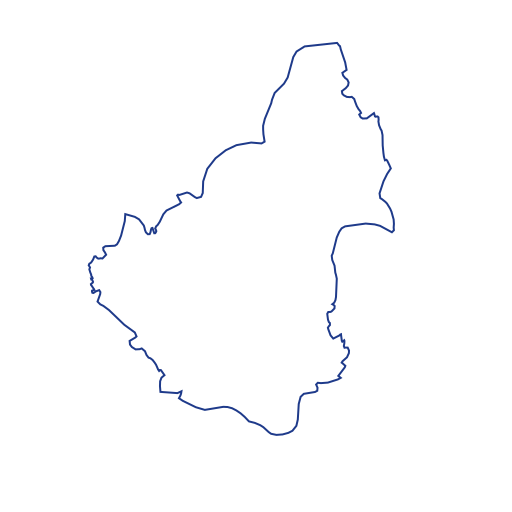 an SVG outline of Southern Ostrobothnia, rotated 158°
{"feature_id": "FIN-3183", "entity_name": "Southern Ostrobothnia", "entity_type": "Province", "adm_level": 1, "iso_a3": "FIN", "parent_name": "Finland", "parent_adm1": "", "projection": "orthographic", "projection_center": [23.15, 62.738], "detail": "fine", "context": "isolated", "style": "outline", "palette": "blue", "viewbox_px": 512, "rotation_deg": 158, "n_neighbors": 0, "source": "natural_earth", "source_scale": "10m", "svg_char_len": 3807}
<svg xmlns="http://www.w3.org/2000/svg" viewBox="0 0 512 512"><g transform="rotate(158 256 256)"><path d="M324.5,105.3L326.7,110.9L329.2,115.9L332.1,120.2L335.2,123.8L338.9,126.6L342.8,128.4L361.1,132.5L368.4,138.3L378.1,149.1L380.7,153.0L378.4,154.9L377.0,156.5L375.8,158.5L380.2,158.3L395.5,165.8L393.8,171.3L391.8,175.8L389.2,178.6L385.5,179.8L386.9,185.8L387.8,186.3L388.4,185.9L388.9,185.7L389.3,187.6L389.3,189.7L389.4,192.6L389.9,195.1L390.8,198.3L392.2,200.7L393.7,202.0L394.6,205.2L394.6,209.3L396.6,213.1L398.8,213.2L402.6,214.5L405.2,218.1L406.0,221.1L405.0,224.6L398.5,225.6L396.9,226.2L397.0,230.5L403.9,241.6L412.6,261.0L416.2,266.9L418.5,269.5L420.0,273.1L414.7,279.1L413.8,280.8L414.2,283.1L417.5,283.2L420.6,282.6L421.5,283.2L421.4,284.5L421.0,285.3L418.6,285.1L418.6,285.9L418.8,286.7L419.0,287.5L419.5,290.0L419.8,290.9L419.6,291.8L417.3,292.5L416.8,293.0L416.8,293.4L416.8,295.0L417.1,295.9L417.5,296.0L417.4,296.9L417.2,296.8L416.1,296.5L415.8,296.6L415.8,297.8L416.1,298.9L416.1,299.6L415.8,300.5L415.8,302.9L415.5,306.1L414.2,307.5L414.3,308.5L414.6,310.0L413.4,311.3L411.9,311.5L410.7,312.1L408.3,313.8L406.1,316.1L404.8,315.8L404.4,314.4L403.3,312.7L401.8,312.2L400.9,312.1L399.3,311.2L394.5,313.3L394.7,315.9L395.3,318.6L394.5,321.0L392.0,321.5L383.0,318.4L380.5,318.9L377.4,321.3L373.4,325.5L364.6,337.5L361.5,343.8L353.7,337.7L350.7,333.8L348.6,326.3L348.8,324.0L349.2,321.6L349.2,319.2L348.1,316.7L346.4,316.1L344.9,317.6L343.4,319.9L342.4,320.9L341.5,320.8L341.8,315.2L340.9,314.9L340.0,315.5L339.1,316.4L339.0,317.9L339.2,319.2L337.5,320.9L335.6,321.6L332.4,323.8L326.3,329.4L321.9,331.7L307.9,332.8L305.4,333.7L305.7,335.0L306.0,337.4L306.4,341.7L305.4,342.1L304.1,341.3L296.2,340.7L294.1,339.0L290.6,333.5L289.2,331.9L284.8,331.4L281.8,334.3L277.0,345.0L268.5,355.1L256.9,361.8L244.3,365.4L232.6,366.1L218.0,363.0L208.7,358.3L205.2,358.8L203.5,366.1L202.0,370.6L200.6,374.1L196.4,379.9L184.7,391.9L182.6,394.9L177.6,400.2L165.5,405.3L159.8,409.6L146.9,426.5L141.8,430.4L132.4,432.1L101.0,423.2L100.6,421.9L100.3,420.7L99.9,419.6L99.5,419.1L100.0,415.8L100.8,402.1L102.3,394.6L107.3,393.5L107.6,390.7L106.7,387.7L105.3,385.4L105.1,382.2L106.8,379.6L109.9,378.0L114.6,376.7L115.2,374.1L114.4,372.1L112.2,369.5L109.4,368.1L107.6,367.7L106.1,364.8L106.3,362.1L106.4,357.3L105.9,353.7L105.2,351.6L105.0,349.3L107.3,348.5L107.0,345.4L105.6,343.5L101.7,342.1L93.1,344.3L93.1,343.9L93.4,340.9L92.9,340.3L91.7,340.1L91.0,339.8L90.5,338.7L91.3,336.3L92.1,334.9L92.9,331.2L92.9,327.1L92.6,325.2L93.4,320.7L97.1,311.1L99.3,303.7L100.2,300.1L100.6,296.4L99.0,296.3L98.6,294.9L98.3,290.5L98.2,286.7L103.6,283.0L109.8,277.5L118.0,267.8L119.1,263.1L117.9,261.5L115.8,257.8L114.9,255.6L113.9,249.7L113.8,246.3L114.7,238.3L116.1,234.1L117.7,230.8L118.5,228.2L121.1,227.1L129.7,237.5L134.2,240.9L142.2,245.0L162.3,250.1L166.2,249.6L169.7,247.3L174.2,242.9L183.8,229.7L185.7,227.9L186.8,223.7L186.8,217.6L188.7,210.9L188.9,208.7L189.6,204.7L197.2,188.0L198.9,185.3L201.0,183.4L203.3,182.7L202.2,181.3L201.8,180.2L202.9,178.0L206.5,176.4L207.7,176.2L210.0,177.0L211.6,175.7L213.1,170.0L213.2,167.5L212.6,166.2L213.3,164.3L214.9,163.5L216.2,162.6L216.4,160.9L216.6,154.5L215.3,150.5L208.5,151.1L207.3,151.6L206.5,151.6L206.8,150.6L208.2,145.2L208.1,144.2L206.9,144.4L205.8,144.8L205.8,144.2L206.8,142.0L208.3,139.6L208.3,137.8L207.7,137.7L205.3,136.7L205.2,133.4L206.3,131.1L209.6,128.0L215.2,126.0L216.5,125.0L216.1,124.4L214.3,120.7L215.4,119.5L224.6,114.0L223.1,111.3L226.3,110.9L236.8,111.7L243.4,113.8L246.2,115.3L248.4,114.3L248.3,110.8L249.7,108.1L252.2,107.8L263.3,110.3L267.4,108.7L271.8,102.8L278.5,88.7L282.2,83.4L287.7,80.3L292.3,79.9L298.2,80.6L304.1,82.5L308.6,85.5L310.2,88.0L313.3,94.5L315.4,97.5L319.6,101.7L324.5,105.3Z" fill="none" stroke="#1e3a8a" stroke-width="2"/></g></svg>